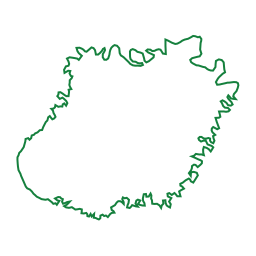 Campina da Lagoa, Paraná, Brazil, rotated 179°
{"feature_id": "56859067B30898784628481", "entity_name": "Campina da Lagoa", "entity_type": "district", "adm_level": 2, "iso_a3": "BRA", "parent_name": "Brazil", "parent_adm1": "Paraná", "projection": "mercator", "projection_center": [-52.806, -24.618], "detail": "fine", "context": "isolated", "style": "outline", "palette": "green", "viewbox_px": 256, "rotation_deg": 179, "n_neighbors": 0, "source": "geoboundaries", "source_scale": "gbopen_adm2", "svg_char_len": 5221}
<svg xmlns="http://www.w3.org/2000/svg" viewBox="0 0 256 256"><g transform="rotate(179 128 128)"><path d="M178.1,209.0L177.2,205.8L175.9,203.7L172.9,201.0L176.0,197.0L177.6,198.3L180.0,198.8L182.1,199.2L185.1,199.7L187.8,198.5L186.3,195.5L185.7,193.1L186.4,191.3L189.0,190.7L190.9,187.3L190.5,184.2L186.8,186.3L184.7,186.0L185.5,183.6L184.3,181.1L182.7,180.6L183.5,178.7L185.4,176.8L185.5,174.3L185.9,172.1L185.3,170.3L184.0,167.9L186.7,167.3L186.3,165.2L186.9,160.9L189.0,160.9L190.8,162.0L192.7,163.5L195.0,165.0L196.8,164.8L197.0,162.7L198.1,161.1L195.7,158.3L193.0,159.5L191.4,158.2L189.3,156.1L188.2,153.9L189.5,151.4L191.3,153.7L192.8,152.8L193.3,150.6L195.2,150.8L197.3,150.4L200.2,152.2L200.7,149.9L202.2,148.7L204.3,148.5L202.7,146.6L202.2,144.3L201.0,142.2L200.3,140.4L201.7,138.8L203.5,138.0L204.9,139.7L206.0,141.3L207.6,140.1L208.5,136.9L210.1,135.4L211.4,133.0L212.8,130.3L213.9,127.5L216.3,127.3L218.5,125.2L221.0,124.2L222.1,122.9L224.4,122.2L225.0,119.5L226.7,118.0L228.0,119.6L230.6,118.8L230.9,116.4L232.6,110.7L235.4,106.7L237.2,105.0L237.9,102.7L239.0,100.7L239.1,98.3L238.9,94.2L238.7,91.4L238.2,87.8L236.3,84.0L235.8,82.2L233.9,77.7L231.2,71.2L229.8,69.4L227.2,68.2L225.3,66.3L223.6,63.9L222.0,62.5L220.4,60.9L217.8,59.6L215.7,58.4L211.8,57.7L209.3,58.2L205.5,55.2L204.0,53.5L201.7,54.0L200.5,52.5L197.9,56.3L200.0,56.9L202.2,58.8L199.0,60.2L197.1,60.0L196.0,58.7L194.4,58.0L195.2,55.4L194.2,53.4L191.9,54.2L190.2,55.0L187.4,55.5L188.7,54.1L190.5,52.4L193.2,51.0L191.3,49.7L188.4,49.2L185.5,49.8L182.1,47.4L180.1,47.6L177.7,48.0L175.6,47.4L175.7,45.5L176.0,43.6L173.8,43.3L171.2,43.8L170.2,42.5L170.1,40.6L168.5,40.2L166.9,42.7L165.9,40.2L163.4,42.7L163.8,38.9L161.9,38.6L160.2,37.7L158.7,37.1L157.3,38.2L157.1,40.9L154.9,41.8L153.4,40.4L151.6,40.9L149.7,39.3L147.2,42.4L145.7,43.4L143.1,43.6L144.0,45.2L145.7,46.3L146.3,48.9L142.4,51.1L140.6,53.7L139.0,55.0L136.9,54.9L135.3,53.9L133.6,52.1L133.6,53.9L135.0,57.1L134.3,58.7L132.6,57.8L130.5,58.2L128.3,56.2L128.8,53.0L129.8,50.8L130.3,48.6L127.7,48.0L126.2,49.4L125.2,50.8L121.5,49.5L119.5,49.2L121.8,52.4L120.9,55.3L119.4,56.2L117.0,55.3L119.2,52.0L117.4,50.9L115.1,50.3L112.6,50.1L112.9,52.6L114.1,54.7L114.4,57.1L113.4,61.5L111.2,61.7L110.8,59.0L108.5,59.1L106.6,62.1L105.8,60.2L106.1,57.0L105.3,55.3L105.1,51.9L103.0,51.6L100.3,51.7L97.9,50.1L96.3,47.5L95.6,50.0L93.9,51.7L94.3,54.9L91.9,55.1L91.7,52.4L90.7,49.9L89.1,48.7L87.4,47.8L86.6,51.1L88.2,53.7L85.9,57.2L89.4,58.9L89.7,61.6L87.9,62.2L85.4,60.3L82.7,62.2L81.5,61.0L79.9,58.9L76.7,58.8L77.3,61.2L78.0,63.7L75.9,65.0L73.1,66.4L74.8,68.5L76.6,69.5L76.7,71.3L74.2,72.4L71.3,74.7L68.1,76.4L66.8,75.4L66.1,73.6L63.7,72.3L61.9,75.0L59.0,79.4L60.0,82.0L63.0,83.0L65.8,82.6L66.1,79.1L67.9,81.8L65.6,84.7L64.8,86.8L64.7,88.8L62.7,90.2L61.1,89.9L59.0,87.7L56.3,89.9L54.8,91.4L54.6,93.5L56.0,94.5L58.2,95.4L61.2,96.9L64.7,98.5L62.5,99.1L60.6,100.9L57.3,100.3L55.1,100.3L52.6,99.5L53.2,101.9L53.3,105.1L52.5,107.7L49.6,106.7L47.6,105.4L45.7,103.1L44.3,105.2L43.1,107.2L44.6,108.6L48.7,110.2L50.5,114.0L52.9,114.0L55.2,113.2L57.2,114.8L57.8,116.5L56.4,117.8L54.7,117.8L52.5,116.2L50.1,116.0L47.8,116.6L46.1,116.0L46.2,113.9L45.2,112.4L43.0,111.3L41.8,113.8L42.6,116.0L43.1,118.4L40.9,119.6L43.6,122.2L44.4,124.0L44.2,126.0L42.8,127.5L40.5,126.2L38.8,125.2L36.9,126.2L39.2,132.7L40.3,136.6L36.9,136.7L35.5,137.6L35.8,139.4L36.7,142.9L32.1,142.9L29.7,142.5L27.2,142.9L25.8,144.3L27.7,146.3L30.8,146.7L32.5,148.4L33.6,151.2L34.8,153.0L33.0,154.0L31.0,152.9L29.1,151.4L27.5,149.0L24.7,148.6L23.0,149.7L24.2,152.2L27.0,155.2L28.1,157.2L27.1,158.9L25.8,157.5L24.8,155.9L22.2,155.3L19.8,155.0L22.2,157.9L21.5,160.1L18.9,163.0L17.6,166.1L16.9,168.8L17.3,170.9L18.9,171.9L21.4,172.1L25.8,171.6L27.8,171.6L29.8,171.1L33.8,170.3L35.5,169.9L38.1,169.7L39.3,172.4L37.2,175.9L36.0,177.3L32.4,180.6L30.0,182.0L30.7,185.0L31.2,192.0L33.1,194.3L36.0,195.0L38.9,193.5L39.3,190.3L39.5,187.4L42.0,183.9L44.4,184.1L46.4,184.8L47.9,185.7L49.7,187.3L52.0,187.8L56.4,189.3L58.5,189.5L62.1,191.5L63.7,192.7L64.6,195.0L62.6,196.7L57.3,198.0L55.1,198.4L53.3,201.0L54.5,205.1L53.9,211.9L53.3,213.8L53.1,215.7L54.7,218.0L56.5,217.5L59.2,218.6L61.3,218.9L63.7,217.5L66.3,216.2L69.8,215.4L72.2,214.4L74.2,213.0L77.2,211.5L79.3,211.2L82.6,212.5L86.5,214.7L89.0,215.8L89.1,209.3L88.9,201.3L91.8,201.8L92.8,203.6L94.1,205.7L95.9,206.2L98.1,205.7L100.1,204.7L102.4,204.5L104.2,205.9L107.0,206.2L108.5,205.0L106.5,203.2L103.6,201.8L100.8,200.4L101.2,198.2L106.0,194.4L108.5,193.3L110.3,195.0L110.6,197.0L112.0,202.2L114.2,203.2L117.3,204.0L119.2,205.7L121.9,206.8L123.8,206.0L124.7,204.5L124.7,199.2L124.3,197.0L122.0,194.4L119.2,194.1L117.1,192.8L115.0,192.4L112.8,192.7L112.0,190.8L114.3,189.9L117.3,190.2L119.8,190.2L122.1,190.6L124.7,192.1L126.1,193.8L131.1,198.8L132.5,199.8L133.9,200.7L135.0,203.0L135.4,207.9L137.5,210.4L140.0,211.1L141.5,210.2L143.2,208.6L144.3,206.4L144.9,204.3L145.3,201.6L146.6,197.9L148.5,196.6L150.5,196.7L152.0,199.2L151.9,202.3L150.4,204.7L149.6,206.4L150.1,208.3L151.7,207.4L152.7,205.6L154.7,203.5L156.5,202.0L158.8,202.0L159.6,206.4L161.1,208.5L163.1,209.2L164.5,208.0L168.1,205.0L169.7,205.4L171.2,207.1L172.9,208.2L175.1,209.1L178.1,209.0Z" fill="none" stroke="#15803d" stroke-width="2"/></g></svg>